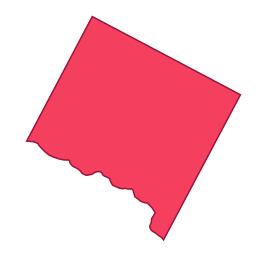 Yankton, South Dakota, United States of America (Natural Earth projection), rotated 28°
{"feature_id": "52423323B66952732105608", "entity_name": "Yankton", "entity_type": "district", "adm_level": 2, "iso_a3": "USA", "parent_name": "United States of America", "parent_adm1": "South Dakota", "projection": "natural_earth1", "projection_center": [-97.367, 42.985], "detail": "fine", "context": "isolated", "style": "filled", "palette": "rose", "viewbox_px": 256, "rotation_deg": 28, "n_neighbors": 0, "source": "geoboundaries", "source_scale": "gbopen_adm2", "svg_char_len": 1095}
<svg xmlns="http://www.w3.org/2000/svg" viewBox="0 0 256 256"><g transform="rotate(28 128 128)"><path d="M127.8,46.1L44.1,46.4L44.7,187.2L50.0,184.9L53.0,184.1L55.8,184.1L57.4,185.1L60.0,186.1L66.1,188.0L70.6,188.9L75.6,188.7L81.1,187.8L86.7,186.2L90.6,184.1L92.2,184.6L92.7,185.5L93.7,186.4L95.3,187.1L97.7,187.7L102.7,187.6L105.8,188.2L106.9,188.6L107.7,189.2L109.2,189.6L112.7,189.5L113.8,189.1L116.3,187.1L118.6,184.9L118.7,184.2L119.4,182.9L121.5,180.8L122.8,180.1L124.6,179.7L126.0,180.0L127.8,181.2L129.7,181.5L135.7,181.1L136.2,182.1L138.6,184.1L141.0,185.6L141.8,185.7L148.2,185.2L150.0,184.8L151.9,184.1L152.7,183.6L153.5,182.8L154.1,182.5L156.4,182.0L158.8,180.8L159.6,180.2L160.4,180.0L162.0,180.9L166.3,185.4L174.0,186.7L178.0,186.1L179.7,185.4L180.8,185.4L184.6,186.4L186.7,187.2L191.3,189.7L191.8,190.7L191.5,196.9L191.7,197.7L192.6,199.8L193.0,201.1L193.3,204.3L193.8,205.3L194.4,205.9L196.3,207.1L197.8,207.6L202.3,207.9L205.5,208.6L207.8,208.7L209.6,209.1L210.7,209.5L211.9,210.1L211.7,84.4L211.7,45.9L127.8,46.1Z" fill="#f43f5e" stroke="#9f1239" stroke-width="1.5"/></g></svg>